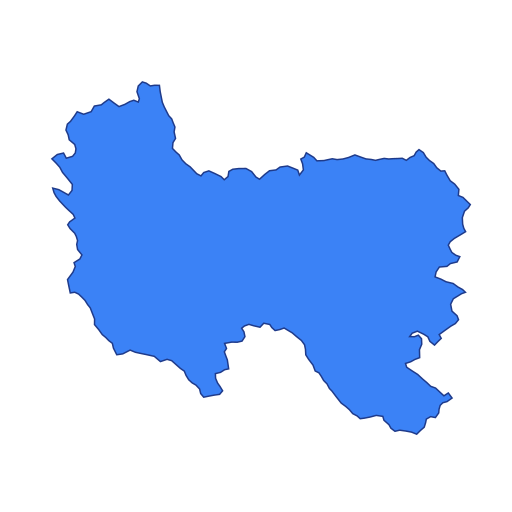 the district of São José do Barreiro, São Paulo, Brazil, rotated 95°
{"feature_id": "56859067B64806727211215", "entity_name": "São José do Barreiro", "entity_type": "district", "adm_level": 2, "iso_a3": "BRA", "parent_name": "Brazil", "parent_adm1": "São Paulo", "projection": "robinson", "projection_center": [-44.584, -22.754], "detail": "fine", "context": "isolated", "style": "filled", "palette": "blue", "viewbox_px": 512, "rotation_deg": 95, "n_neighbors": 0, "source": "geoboundaries", "source_scale": "gbopen_adm2", "svg_char_len": 4018}
<svg xmlns="http://www.w3.org/2000/svg" viewBox="0 0 512 512"><g transform="rotate(95 256 256)"><path d="M366.5,386.1L365.1,380.2L360.7,373.2L362.4,367.8L363.2,361.5L363.7,357.1L364.8,348.6L369.5,342.0L366.7,335.6L367.6,330.9L374.6,321.5L376.9,317.4L381.0,315.3L385.2,312.2L388.0,308.5L389.8,304.6L393.4,300.6L397.9,299.1L401.2,295.8L399.6,290.4L398.3,285.8L397.0,280.2L393.2,277.5L389.1,280.5L385.9,283.2L381.4,285.6L376.7,286.2L375.0,281.2L372.0,277.3L370.8,273.4L362.0,275.5L358.3,277.3L354.2,279.2L350.7,277.3L345.8,279.7L343.9,272.7L343.5,267.1L342.0,262.5L337.3,260.0L332.6,261.4L329.2,264.0L326.7,261.4L324.7,257.1L325.7,252.2L326.6,245.8L322.3,242.4L323.0,236.3L325.9,234.0L328.6,230.5L327.2,225.9L325.3,221.7L329.4,213.2L332.6,208.8L336.2,203.4L340.2,199.9L344.6,198.6L350.1,197.8L354.3,194.6L359.7,189.7L365.4,187.0L366.9,183.1L369.9,180.7L374.2,177.7L377.2,174.1L381.6,171.3L384.0,168.5L388.9,164.1L395.1,158.3L398.1,153.4L401.0,149.5L404.6,145.9L406.5,141.3L409.0,138.0L408.1,134.0L406.5,128.4L404.3,122.3L404.7,115.7L408.5,114.2L412.5,108.8L415.8,106.6L418.5,102.3L417.0,97.7L417.3,91.7L417.9,85.7L419.5,80.4L415.5,77.0L411.9,73.5L407.2,72.5L403.6,72.1L400.8,68.0L401.3,63.2L396.4,60.3L392.8,60.3L388.7,59.5L385.9,57.1L384.4,53.0L380.4,48.3L375.7,52.5L378.9,56.6L375.7,60.8L371.9,65.6L370.6,70.6L367.3,74.7L363.9,79.5L359.9,84.6L357.1,90.0L353.7,96.2L350.0,97.7L347.9,92.7L345.2,88.7L343.0,84.1L335.1,85.0L329.4,83.2L324.0,83.9L320.7,87.4L322.6,91.1L322.9,95.9L319.3,93.7L316.8,88.7L319.3,82.1L321.5,77.8L325.9,75.3L329.2,70.4L325.6,67.5L321.9,64.3L318.3,66.7L313.0,60.6L308.9,55.8L305.9,51.5L301.8,48.7L298.0,50.5L293.8,56.0L287.1,57.9L281.4,55.7L275.6,47.9L273.9,44.2L271.4,47.3L269.2,52.3L266.2,57.2L265.1,64.5L263.0,69.6L261.2,75.8L256.2,75.2L251.0,72.4L249.7,64.9L246.6,61.7L244.4,55.1L238.9,52.9L237.8,57.1L235.4,61.2L232.3,63.2L228.4,65.4L224.9,63.8L221.3,60.1L213.5,49.3L210.3,51.4L206.3,52.9L199.8,53.8L193.2,52.2L189.6,48.8L186.1,47.0L183.0,50.8L179.6,54.9L178.1,59.7L171.9,59.7L167.1,64.3L164.1,69.1L158.6,73.0L154.7,75.4L155.3,79.3L152.3,83.7L148.4,87.0L145.7,91.6L142.7,95.2L138.4,98.3L135.8,102.9L138.5,105.5L142.3,107.2L144.4,111.1L147.6,114.6L145.9,118.8L146.5,122.9L147.1,127.9L147.8,132.3L147.6,136.8L149.0,141.4L150.3,145.3L149.8,149.5L149.7,154.9L148.4,160.0L146.7,166.3L149.8,172.4L151.8,177.9L152.9,183.6L152.5,188.5L153.7,192.5L155.0,196.6L155.9,203.6L152.7,207.1L148.8,214.9L153.3,216.5L155.5,219.8L160.2,217.6L166.1,216.3L171.6,219.8L166.8,221.9L165.3,226.7L163.6,232.4L165.3,239.8L168.5,243.5L169.9,250.0L174.0,254.4L179.2,259.2L177.4,262.9L172.3,267.7L169.7,273.6L170.4,280.8L171.6,286.7L174.1,290.4L179.3,290.8L182.8,294.3L179.9,297.8L177.4,304.3L175.3,310.4L177.4,315.3L181.0,317.8L179.2,322.2L172.9,329.4L170.3,333.9L166.7,338.1L162.0,341.3L159.5,344.7L156.1,348.6L150.3,348.6L145.9,346.4L139.5,348.4L134.6,348.0L130.4,350.2L126.8,351.9L123.8,355.2L119.8,357.7L115.5,360.4L111.1,362.7L106.4,364.1L100.5,365.8L94.4,367.1L94.8,372.1L95.8,376.1L93.4,380.4L92.5,384.4L96.9,388.1L102.7,388.9L109.5,385.9L112.9,386.7L111.5,391.3L113.2,395.2L116.4,399.9L119.1,405.5L115.9,410.9L112.6,416.2L116.2,420.5L118.9,423.3L120.7,430.1L126.6,432.8L129.8,440.0L127.9,446.7L132.4,449.1L138.0,452.5L141.1,455.4L147.1,456.3L151.6,453.7L156.5,452.2L160.7,446.3L164.9,444.7L169.1,445.0L172.7,447.4L175.1,453.5L170.2,456.7L172.2,462.8L177.0,467.8L181.0,463.1L184.7,459.2L189.6,456.0L194.5,451.1L200.7,445.2L206.7,445.0L211.6,448.2L209.0,453.9L207.1,458.2L206.1,464.4L210.5,462.7L214.0,460.4L218.4,456.3L224.0,450.0L226.5,446.9L230.5,441.7L234.0,439.7L238.2,444.6L241.3,446.3L244.9,443.6L249.1,438.6L252.2,436.7L256.2,435.1L260.1,435.6L265.1,434.3L270.1,429.5L274.3,431.2L278.5,436.7L282.2,435.1L288.0,436.9L295.9,441.7L301.1,440.2L309.0,437.8L307.9,433.4L309.4,429.4L312.1,426.0L315.1,422.5L319.2,419.4L322.1,416.6L327.2,414.1L332.8,411.3L338.4,410.9L343.0,406.3L347.7,402.3L350.3,398.5L353.1,395.3L355.5,391.5L360.2,390.0L366.5,386.1Z" fill="#3b82f6" stroke="#1e3a8a" stroke-width="1.5"/></g></svg>